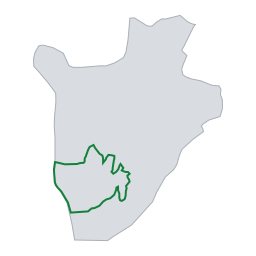 where Bururi sits in Burundi
{"feature_id": "BDI-2637", "entity_name": "Bururi", "entity_type": "Province", "adm_level": 1, "iso_a3": "BDI", "parent_name": "Burundi", "parent_adm1": "", "projection": "albers", "projection_center": [29.663, -3.868], "detail": "fine", "context": "in_parent", "style": "outline", "palette": "green", "viewbox_px": 256, "rotation_deg": 0, "n_neighbors": 0, "source": "natural_earth", "source_scale": "10m", "svg_char_len": 1968}
<svg xmlns="http://www.w3.org/2000/svg" viewBox="0 0 256 256"><path d="M195.4,24.5L193.3,27.3L183.6,47.0L181.8,49.9L182.8,51.7L186.9,55.5L184.5,61.6L183.6,63.3L181.7,69.1L182.7,74.4L185.0,76.4L191.3,78.9L200.7,80.8L211.7,85.2L219.1,86.0L220.9,89.2L220.5,94.9L222.4,99.9L222.4,108.7L220.1,116.5L208.8,120.1L202.9,124.1L201.3,126.1L202.7,128.5L203.5,131.6L192.8,139.4L181.8,149.5L179.1,156.3L176.9,164.4L173.7,169.6L165.3,177.0L156.8,192.0L152.6,201.7L131.6,225.0L113.0,236.7L107.5,240.6L74.6,240.0L72.0,224.2L67.0,202.7L55.7,183.3L54.5,175.2L55.0,159.6L55.0,137.6L54.2,125.8L54.5,117.1L55.9,102.1L55.7,93.2L48.2,82.9L38.9,71.9L33.9,66.5L33.6,62.2L33.6,58.2L35.1,52.3L38.8,45.8L42.8,45.1L52.9,47.6L63.3,53.2L68.9,65.6L73.1,67.4L80.9,67.4L100.6,65.8L105.5,66.0L114.4,63.0L123.3,57.7L125.9,52.3L128.0,40.1L129.9,18.1L134.4,17.9L146.9,25.7L149.5,26.2L152.2,26.0L156.5,22.1L161.8,18.9L165.7,19.0L180.1,15.4L187.9,22.0L192.8,24.1L195.4,24.5Z" fill="#d9dde1" stroke="#a8b0b8" stroke-width="1"/><path d="M70.8,212.6L67.9,202.5L61.4,191.6L57.4,187.3L55.8,185.0L54.8,182.2L53.9,169.8L55.0,162.1L57.6,162.6L64.8,164.3L77.2,164.0L79.4,163.2L81.8,162.9L83.5,162.9L84.5,161.8L84.7,160.5L84.6,159.2L84.9,158.0L85.6,156.9L88.1,149.9L89.5,147.1L91.4,146.0L93.5,145.0L95.2,148.1L99.6,153.8L102.4,155.5L103.1,158.4L103.1,162.8L105.9,159.2L106.3,157.7L107.4,156.4L108.4,154.9L111.4,155.2L114.3,155.9L114.4,158.3L113.8,160.7L112.6,168.5L112.7,169.7L112.2,170.8L111.5,171.8L113.3,173.7L116.1,171.9L118.2,169.4L119.6,165.5L120.5,164.0L123.3,167.9L121.8,170.5L125.2,171.9L128.0,172.0L129.6,173.8L127.4,175.6L127.7,177.6L128.8,179.2L129.6,181.6L126.1,185.9L126.6,188.5L125.9,190.9L125.6,195.9L124.7,199.0L123.2,200.1L121.5,200.9L120.0,200.1L119.3,197.6L119.3,193.5L118.0,190.1L118.1,188.2L118.0,186.7L116.5,187.5L116.1,189.9L114.2,194.8L110.2,198.3L106.4,199.4L103.1,201.6L99.4,205.8L94.4,208.1L91.6,208.4L88.0,211.4L72.1,212.5L70.8,212.6Z" fill="none" stroke="#15803d" stroke-width="2"/></svg>